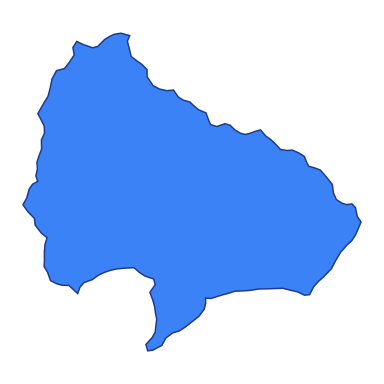 Queiroz, São Paulo, Brazil (Albers equal-area conic projection)
{"feature_id": "56859067B20589699354509", "entity_name": "Queiroz", "entity_type": "district", "adm_level": 2, "iso_a3": "BRA", "parent_name": "Brazil", "parent_adm1": "São Paulo", "projection": "albers", "projection_center": [-50.245, -21.799], "detail": "fine", "context": "isolated", "style": "filled", "palette": "blue", "viewbox_px": 384, "rotation_deg": 0, "n_neighbors": 0, "source": "geoboundaries", "source_scale": "gbopen_adm2", "svg_char_len": 1939}
<svg xmlns="http://www.w3.org/2000/svg" viewBox="0 0 384 384"><path d="M23.0,204.8L28.1,212.0L34.4,218.3L35.2,225.1L41.0,232.7L47.0,237.6L45.0,244.6L44.4,251.4L44.4,260.8L44.1,266.5L47.6,272.4L50.5,280.6L56.8,283.8L61.8,285.2L69.0,285.5L77.7,293.6L80.0,287.1L84.0,282.6L92.3,279.6L98.4,275.2L104.1,272.5L109.9,270.5L116.5,268.9L125.5,268.1L134.0,267.7L139.8,272.7L144.9,276.0L153.7,279.0L155.2,284.7L149.9,292.3L152.9,300.4L154.6,306.6L155.4,312.6L156.7,318.9L155.2,332.1L152.2,337.5L145.9,344.5L147.7,350.8L152.7,350.2L161.8,345.4L165.8,338.1L172.7,332.9L179.1,331.0L184.6,327.5L190.6,322.9L198.9,316.3L204.2,309.3L205.7,303.1L205.5,298.0L211.0,298.5L216.7,296.6L223.1,294.7L229.2,293.1L234.9,291.2L242.7,290.9L250.1,290.4L258.8,289.0L268.7,288.8L276.4,288.5L283.0,288.3L290.2,290.2L297.6,291.8L304.4,295.2L309.6,294.7L313.6,286.8L319.0,280.9L322.7,277.7L331.5,268.7L335.5,260.8L340.8,252.0L347.1,244.9L351.6,240.9L355.4,235.2L358.4,228.3L361.0,222.1L357.2,216.2L355.5,207.7L352.0,203.9L346.4,204.6L341.9,203.1L336.4,199.6L333.5,193.1L332.3,184.4L327.1,177.9L320.3,170.0L314.5,167.9L308.6,166.2L306.4,161.7L304.4,156.5L299.3,153.2L292.4,150.1L287.1,150.5L280.5,149.5L275.7,144.3L271.5,140.2L265.6,135.9L260.6,129.9L255.9,131.2L250.6,133.1L245.2,134.5L240.2,133.1L234.9,129.9L230.2,125.3L224.9,123.7L216.9,126.5L210.5,124.6L208.3,119.3L206.0,112.9L198.9,109.9L194.7,106.6L189.9,102.0L183.1,100.1L178.1,96.8L173.5,90.0L167.0,90.7L159.4,89.0L153.1,85.7L147.1,76.8L147.0,69.5L141.8,64.3L136.7,60.8L131.2,56.5L129.2,48.3L127.4,41.1L129.7,35.6L120.9,33.2L114.2,34.3L109.7,36.4L104.6,39.5L97.8,46.4L92.7,47.8L83.4,44.6L76.8,41.4L72.9,47.5L74.2,54.9L69.3,62.4L64.4,68.6L56.5,70.6L52.0,79.0L50.2,88.0L48.0,96.3L44.2,102.5L41.7,106.9L37.9,113.6L44.2,125.9L44.5,133.2L41.4,139.9L41.6,149.0L38.9,156.2L36.9,162.4L37.4,168.8L35.9,176.0L37.7,181.4L32.6,184.2L29.3,188.8L26.7,198.0L23.0,204.8Z" fill="#3b82f6" stroke="#1e3a8a" stroke-width="1.5"/></svg>